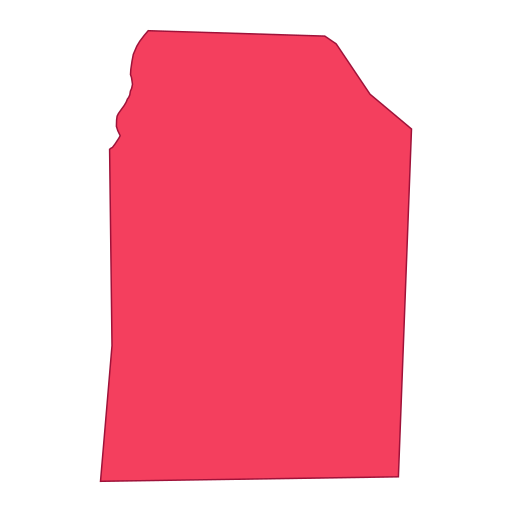 the district of Morne Le Blanc, Laborie, Saint Lucia
{"feature_id": "8701671B76730810017081", "entity_name": "Morne Le Blanc", "entity_type": "district", "adm_level": 2, "iso_a3": "LCA", "parent_name": "Saint Lucia", "parent_adm1": "Laborie", "projection": "albers", "projection_center": [-61.001, 13.759], "detail": "fine", "context": "isolated", "style": "filled", "palette": "rose", "viewbox_px": 512, "rotation_deg": 0, "n_neighbors": 0, "source": "geoboundaries", "source_scale": "gbopen_adm2", "svg_char_len": 582}
<svg xmlns="http://www.w3.org/2000/svg" viewBox="0 0 512 512"><path d="M398.4,476.8L411.5,129.0L370.0,94.2L336.2,43.9L324.8,36.1L148.2,30.7L144.3,35.3L139.8,41.2L136.8,46.2L133.3,54.4L132.0,61.2L130.8,69.5L130.5,74.6L131.5,77.5L132.5,84.3L131.6,88.5L130.4,91.1L129.8,94.9L128.6,97.5L127.4,99.1L126.1,102.3L124.0,105.8L121.5,109.2L118.5,113.4L117.1,116.2L116.6,119.9L116.4,126.4L117.8,130.7L120.2,135.7L119.3,137.4L118.0,139.5L114.9,144.2L112.4,147.5L111.1,148.1L109.6,149.3L112.0,345.7L106.8,407.2L100.5,481.3L398.4,476.8Z" fill="#f43f5e" stroke="#9f1239" stroke-width="1.5"/></svg>